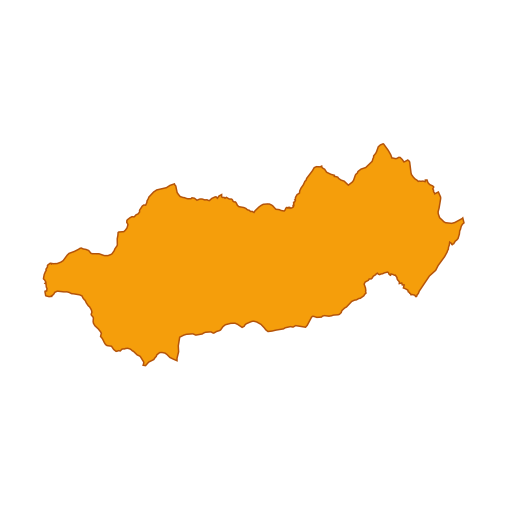 the district of Valea Viilor, Sibiu, Romania, rotated 134°
{"feature_id": "2599482B28979947383281", "entity_name": "Valea Viilor", "entity_type": "district", "adm_level": 2, "iso_a3": "ROU", "parent_name": "Romania", "parent_adm1": "Sibiu", "projection": "orthographic", "projection_center": [24.308, 46.067], "detail": "fine", "context": "isolated", "style": "filled", "palette": "amber", "viewbox_px": 512, "rotation_deg": 134, "n_neighbors": 0, "source": "geoboundaries", "source_scale": "gbopen_adm2", "svg_char_len": 6096}
<svg xmlns="http://www.w3.org/2000/svg" viewBox="0 0 512 512"><g transform="rotate(134 256 256)"><path d="M429.0,376.6L427.0,374.9L426.6,375.5L425.9,375.1L424.0,375.0L421.9,375.5L419.3,374.5L415.2,369.2L413.1,367.1L412.0,365.1L411.2,362.5L409.8,360.8L406.4,355.8L405.6,353.4L406.4,351.3L406.7,349.1L406.6,348.1L407.6,345.5L408.3,342.1L408.2,340.2L409.1,337.1L410.4,335.0L412.4,334.1L412.8,333.5L413.2,330.6L413.7,329.8L416.3,327.6L417.3,326.2L418.1,323.4L418.0,318.8L418.5,315.2L419.0,313.6L421.9,311.9L422.0,310.1L422.3,308.7L423.7,304.8L424.2,302.6L423.9,300.9L421.3,297.3L422.1,293.4L421.8,290.5L421.3,290.0L419.4,289.0L418.6,287.7L416.1,287.7L415.0,286.9L413.9,285.8L413.3,285.7L411.5,284.2L410.4,282.1L410.1,280.7L410.1,278.8L409.7,278.2L409.7,272.8L408.7,270.0L408.8,268.9L410.2,263.4L410.8,262.5L413.0,261.3L411.6,259.3L406.9,259.5L401.5,257.6L399.3,258.0L397.6,258.0L395.9,258.7L392.4,258.2L390.7,256.6L389.1,254.1L388.7,251.7L388.8,247.4L387.6,243.8L386.2,240.1L384.4,241.8L378.7,245.1L374.6,249.5L367.4,254.5L363.1,253.0L360.7,251.7L356.1,247.6L355.6,246.8L354.8,244.5L354.5,244.2L349.4,240.5L347.9,240.2L346.0,239.4L342.4,236.2L341.8,235.5L341.3,233.6L340.8,232.8L337.6,231.9L335.3,230.6L333.9,230.1L329.7,230.7L326.9,230.3L326.1,229.9L322.0,227.4L318.9,224.4L317.9,221.6L317.0,216.4L314.8,215.7L313.0,216.1L311.4,215.9L307.3,214.2L305.7,213.4L304.5,212.4L303.0,209.8L301.7,204.9L301.9,200.3L302.3,197.6L302.0,194.9L298.8,192.3L295.5,190.2L289.3,185.6L287.3,185.1L283.5,182.6L282.9,182.2L281.4,180.0L278.5,179.1L272.8,170.9L270.3,171.0L261.6,173.5L260.2,173.5L259.3,172.5L257.9,169.6L255.4,167.3L254.5,166.5L253.0,166.4L251.3,165.3L248.6,161.7L246.6,160.2L244.8,159.3L241.2,156.1L240.1,155.5L237.5,155.4L235.9,156.2L235.2,156.3L231.8,156.1L229.8,155.5L222.2,155.6L219.4,154.5L217.8,153.3L215.1,152.5L214.0,151.6L209.8,150.8L208.0,151.2L206.3,151.1L205.4,152.5L204.5,153.1L202.9,155.1L201.1,158.7L198.9,159.4L195.4,158.3L193.9,158.6L192.4,157.2L191.3,157.1L189.0,157.6L186.3,156.9L185.2,157.1L184.0,156.7L184.1,155.4L183.5,154.1L182.3,153.7L180.8,152.6L178.9,151.9L176.2,150.2L176.0,149.3L176.7,147.5L176.5,146.5L176.6,146.0L176.4,145.8L175.5,146.5L175.1,146.4L174.1,144.5L173.7,143.1L173.0,142.5L173.6,139.5L174.4,138.7L174.8,137.5L175.0,134.9L176.3,133.8L174.2,132.4L175.2,130.7L174.0,129.6L173.9,129.3L176.6,127.8L175.8,125.9L175.1,123.1L176.0,121.6L175.7,120.5L176.0,119.6L175.8,118.8L176.2,117.5L175.4,117.1L174.1,115.0L173.9,114.2L174.3,113.1L174.0,112.6L173.2,112.5L172.1,113.1L170.2,113.2L167.8,114.2L149.8,117.4L141.5,116.8L136.3,118.4L125.4,119.9L120.3,121.3L119.0,122.0L117.6,122.3L116.0,123.6L113.8,124.6L111.5,126.3L111.2,124.3L111.6,123.4L111.6,122.8L111.1,122.9L110.0,122.3L106.7,123.0L105.3,122.7L103.1,122.8L99.0,124.9L96.3,127.0L94.9,127.4L92.1,129.0L89.7,129.6L87.7,129.4L85.0,133.7L85.8,133.7L93.9,136.3L96.6,137.9L100.4,142.8L101.0,145.2L100.8,145.9L100.9,150.5L99.0,154.3L97.6,155.8L94.5,157.5L86.5,163.0L85.4,164.1L83.3,169.3L87.1,170.6L86.7,171.2L86.6,172.3L86.1,173.4L85.3,174.0L85.1,175.2L84.9,175.5L83.2,175.9L82.8,176.3L82.9,177.7L83.9,180.5L83.9,182.4L83.7,183.5L82.5,185.8L83.7,186.9L84.2,186.2L85.1,186.0L85.4,186.9L86.7,188.5L87.6,189.1L88.8,190.7L89.6,191.1L89.6,192.7L90.1,195.1L90.0,197.6L89.4,200.8L88.4,202.4L81.7,210.7L81.4,211.5L81.5,213.5L85.0,214.6L85.6,215.0L85.0,217.8L85.0,220.8L85.8,221.8L87.9,222.4L89.0,223.2L90.5,225.7L91.1,226.3L89.6,229.4L88.2,234.1L86.8,242.0L87.0,242.5L89.7,243.7L92.5,243.9L97.1,241.8L99.0,241.2L102.3,240.9L103.4,239.9L104.7,239.5L107.2,238.2L116.1,238.5L120.5,240.8L123.8,241.3L124.6,241.3L125.8,240.7L127.8,240.9L128.8,240.7L133.8,238.4L135.0,238.2L136.0,238.1L140.9,238.8L140.9,244.5L142.3,247.6L142.8,250.3L142.5,252.0L143.5,253.9L144.4,254.9L143.5,255.7L145.2,258.8L146.7,263.4L145.9,266.9L146.5,269.3L146.4,270.2L145.7,271.2L147.3,271.8L149.8,274.6L152.0,275.5L155.6,274.6L164.9,273.5L166.8,272.6L168.3,272.7L171.9,271.4L175.8,270.8L178.7,269.8L180.6,268.4L183.3,269.1L186.4,268.3L187.9,267.1L188.6,267.1L188.5,266.4L189.4,266.0L190.0,265.8L191.2,266.2L191.3,265.6L192.5,265.1L193.0,264.1L193.7,263.8L193.3,264.5L194.1,264.3L194.5,263.4L196.0,263.5L197.5,264.1L197.6,265.6L197.8,265.7L198.6,265.5L198.6,266.5L199.5,266.6L199.6,267.4L199.9,267.7L200.9,267.7L202.8,267.0L204.1,267.0L205.9,269.7L206.5,271.5L208.6,274.2L208.3,278.8L208.5,280.1L209.3,282.5L210.8,284.1L213.8,286.7L215.9,287.4L218.6,287.9L224.1,288.1L226.1,287.7L226.6,289.8L227.7,290.7L227.9,292.9L228.4,293.5L228.8,294.8L228.8,296.3L229.6,298.4L232.4,302.6L232.5,304.5L231.6,306.9L231.4,308.3L232.2,309.2L232.6,310.5L232.0,312.0L232.0,312.9L232.3,313.5L233.2,314.3L233.7,315.2L234.4,318.1L236.0,318.4L236.0,319.6L237.2,320.8L237.3,321.8L235.7,323.4L238.5,324.3L241.3,323.9L241.2,325.9L242.0,326.5L245.3,327.8L248.5,328.0L249.2,329.0L249.6,330.3L251.3,331.9L252.3,334.1L253.2,335.2L254.3,336.1L256.9,337.2L257.2,340.4L258.6,342.5L260.0,342.6L262.2,344.8L262.9,346.0L263.8,348.1L264.6,349.1L265.7,351.4L265.9,351.9L265.6,354.6L265.1,356.9L261.4,362.3L261.2,364.0L260.8,364.8L264.9,366.9L269.1,367.9L277.4,373.3L281.1,374.1L288.0,374.0L289.8,373.2L292.0,372.7L293.3,371.7L296.1,370.7L297.2,372.1L299.0,372.5L303.7,371.6L304.4,371.2L305.2,370.3L307.7,370.1L309.7,370.9L312.3,370.8L312.7,371.0L313.8,372.5L315.9,373.2L319.3,373.7L320.2,373.5L321.6,372.3L322.2,370.2L322.9,369.6L325.4,368.3L328.1,367.9L330.3,368.0L334.1,371.4L334.9,371.5L337.2,369.6L340.0,367.8L344.3,363.5L345.0,363.1L349.1,362.4L350.6,361.7L354.4,361.1L355.4,361.3L358.5,362.7L360.1,364.3L361.1,365.4L363.4,370.4L368.2,375.5L368.7,376.6L368.3,380.2L369.4,382.9L370.9,385.1L371.7,387.3L373.2,388.1L374.2,388.2L378.8,389.8L384.0,392.3L386.5,392.4L393.3,391.5L396.0,392.1L399.6,393.8L402.6,396.7L403.2,397.8L403.8,397.6L404.1,399.0L407.0,399.5L407.7,399.4L408.9,398.3L411.1,398.0L411.7,397.6L412.0,396.9L413.3,396.7L416.4,395.5L419.9,393.2L420.1,392.9L420.0,391.6L420.8,388.9L422.3,388.8L421.9,387.7L424.0,385.3L424.6,383.7L426.6,382.3L427.0,382.5L427.5,383.2L427.9,383.3L428.5,382.7L430.6,379.8L430.6,379.4L429.0,376.6Z" fill="#f59e0b" stroke="#b45309" stroke-width="1.5"/></g></svg>